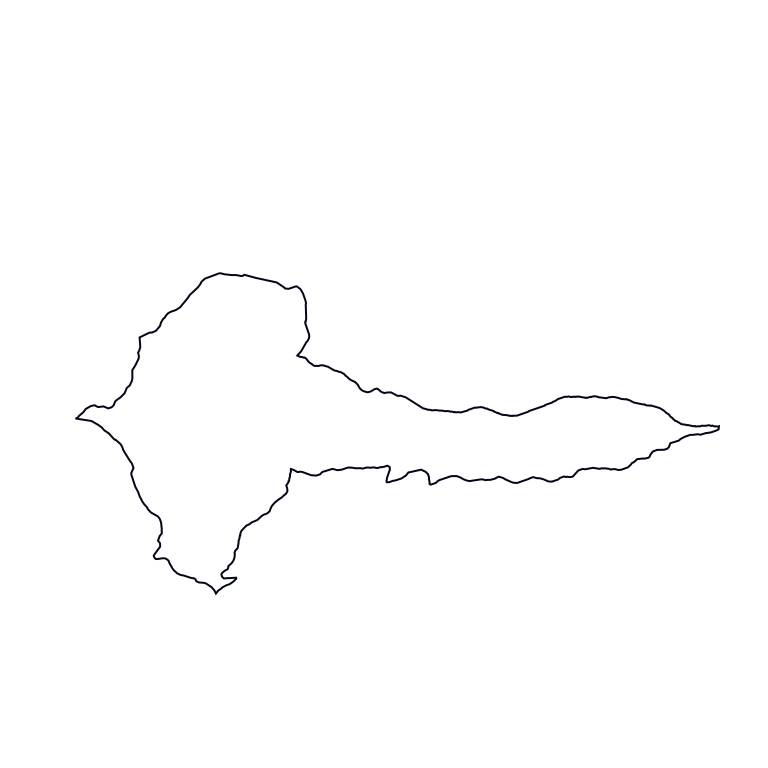 outline of Sarchi, Alajuela, Costa Rica, rotated 251°
{"feature_id": "36466004B48608079710211", "entity_name": "Sarchi", "entity_type": "district", "adm_level": 2, "iso_a3": "CRI", "parent_name": "Costa Rica", "parent_adm1": "Alajuela", "projection": "robinson", "projection_center": [-84.309, 10.161], "detail": "fine", "context": "isolated", "style": "outline", "palette": "ink", "viewbox_px": 768, "rotation_deg": 251, "n_neighbors": 0, "source": "geoboundaries", "source_scale": "gbopen_adm2", "svg_char_len": 6147}
<svg xmlns="http://www.w3.org/2000/svg" viewBox="0 0 768 768"><g transform="rotate(251 384 384)"><path d="M507.6,168.1L498.3,165.6L495.3,163.5L493.8,161.7L490.4,161.4L487.9,160.3L482.6,155.0L479.0,150.5L471.2,147.9L469.1,146.7L465.5,143.2L464.0,139.5L459.8,135.8L457.2,130.7L455.7,125.4L454.9,124.0L451.9,121.5L450.7,119.0L450.7,115.4L454.1,111.5L455.3,106.1L458.1,103.4L458.5,101.0L458.5,98.9L457.5,93.9L455.2,90.5L453.1,85.1L451.8,83.5L451.8,81.1L444.3,95.3L438.0,100.8L434.4,103.2L431.1,104.5L427.0,107.7L420.4,110.5L418.6,111.7L418.6,112.1L413.0,115.3L409.8,116.0L406.4,116.0L403.8,116.5L393.8,118.8L391.0,119.8L386.1,119.8L382.3,116.2L380.7,115.6L367.8,115.4L361.7,116.4L357.2,116.4L351.3,117.3L348.4,118.1L345.1,119.6L342.2,120.1L338.4,121.8L332.4,127.1L329.3,128.1L325.5,128.1L319.8,126.8L315.0,125.2L313.3,122.4L309.5,119.4L308.8,119.4L307.1,120.3L305.6,120.2L303.1,119.4L297.5,111.3L296.5,110.3L294.3,110.5L293.0,111.1L292.4,112.2L291.2,118.4L290.4,120.2L289.4,121.3L287.1,122.8L284.8,122.8L278.6,123.9L276.2,124.7L272.2,126.9L269.7,129.5L268.1,132.3L263.5,138.4L262.0,141.2L260.8,142.2L258.9,142.2L256.8,144.1L254.5,149.2L253.4,150.7L248.1,154.8L244.2,156.4L240.6,156.9L242.6,159.9L243.3,162.7L244.4,165.4L245.0,169.3L245.0,172.8L246.1,176.9L248.0,180.9L249.0,181.1L252.3,169.3L254.3,168.2L256.9,168.2L258.1,169.5L259.3,172.7L259.8,175.9L261.1,176.9L262.5,177.6L264.1,181.4L265.6,183.6L267.1,185.0L268.8,186.3L272.6,187.8L273.3,187.8L275.1,189.5L276.1,191.7L276.8,192.4L281.2,194.8L283.2,195.5L284.9,197.0L287.4,198.2L287.4,198.7L289.1,199.3L291.6,201.4L294.9,207.7L295.3,211.5L296.2,213.7L296.6,219.8L299.2,225.9L299.6,227.9L299.6,230.9L300.2,232.8L301.0,234.5L303.6,236.6L305.3,238.4L307.6,242.5L309.3,247.4L309.7,249.4L312.4,256.0L314.3,257.9L317.0,258.5L320.0,258.6L321.1,260.2L322.8,262.2L323.2,262.2L323.2,262.6L325.8,263.9L326.5,264.7L328.9,265.6L331.3,267.3L333.9,268.3L332.2,270.6L328.9,273.5L328.2,276.6L327.5,278.0L321.5,285.4L319.5,290.0L319.4,294.2L320.7,296.5L320.9,297.7L320.5,307.8L317.7,311.8L316.8,315.9L316.7,323.2L315.8,324.9L315.7,325.7L313.5,329.9L312.1,334.2L311.0,336.1L310.7,340.2L310.2,341.7L309.2,343.9L308.8,346.3L308.0,348.2L307.2,349.1L306.6,351.0L306.5,353.9L306.1,354.6L305.7,357.5L305.7,360.4L303.9,362.3L301.3,361.8L294.8,356.7L291.7,354.9L290.3,354.6L289.5,356.8L289.5,361.5L289.1,363.0L289.0,369.8L290.3,374.9L292.4,378.2L290.9,391.2L287.5,394.7L284.5,396.2L280.9,396.2L279.4,395.5L275.9,395.1L275.0,394.5L274.4,394.6L273.6,395.6L273.6,400.9L274.5,402.5L275.1,405.0L275.0,417.6L273.3,422.7L270.9,425.6L267.8,428.4L265.8,430.8L264.4,433.1L262.3,444.4L261.7,446.2L259.9,448.9L259.8,450.2L258.7,453.5L258.4,458.7L258.7,459.2L259.0,462.4L256.3,466.1L254.6,467.4L249.2,473.2L248.0,475.3L247.1,477.6L247.1,490.2L247.4,490.8L247.4,494.7L245.3,497.7L244.0,500.9L241.8,504.0L238.4,507.6L237.0,511.0L237.0,517.7L237.9,519.8L237.9,523.8L237.5,525.0L236.7,525.8L236.7,527.1L235.4,529.4L235.0,532.4L239.0,539.6L239.0,544.2L237.9,546.4L236.7,554.3L233.5,560.4L233.5,562.3L232.7,563.7L232.6,564.9L230.5,569.2L229.6,570.0L228.4,574.6L226.4,577.6L225.7,580.4L225.8,587.7L226.9,589.7L226.9,590.4L228.3,592.3L228.7,593.3L228.7,594.7L230.5,598.9L229.4,604.1L228.6,606.0L228.2,610.1L228.6,611.2L230.9,613.4L232.6,616.2L232.8,620.8L230.7,627.1L230.5,630.4L231.5,632.7L234.8,635.5L234.5,644.2L235.5,646.7L236.2,651.6L236.2,657.2L235.5,658.9L234.3,664.5L233.0,666.7L232.8,672.6L232.4,673.3L232.2,675.8L231.8,676.5L231.8,683.3L232.2,685.6L235.0,686.9L235.0,685.7L235.8,684.5L235.9,683.6L236.7,682.1L237.8,680.9L237.8,679.9L238.3,679.0L239.2,678.0L239.8,674.4L241.1,670.8L241.1,668.8L241.9,667.0L242.2,665.1L243.0,664.5L243.4,662.6L246.2,658.1L246.6,656.6L247.2,656.1L249.3,652.0L251.5,650.4L252.6,649.1L253.4,648.8L254.5,647.2L255.3,647.0L256.5,646.0L257.4,645.9L260.5,643.9L261.4,643.9L263.5,642.7L264.2,641.9L268.1,639.7L271.7,636.6L276.8,629.4L276.8,628.4L277.4,627.6L278.0,625.8L279.2,624.1L280.0,623.7L280.1,622.7L283.8,616.4L285.2,614.2L289.2,610.3L290.0,608.9L290.7,608.5L290.8,607.5L292.8,603.2L294.1,601.7L296.5,597.9L297.6,595.5L297.8,593.6L298.2,592.8L298.2,589.6L301.8,582.2L302.6,581.6L304.1,578.5L304.3,575.5L304.7,575.0L304.7,571.8L305.2,571.0L305.2,570.0L306.1,568.9L306.9,567.1L308.9,563.8L308.9,562.8L309.4,562.2L309.4,561.2L309.8,560.6L309.8,559.6L310.3,559.1L310.8,556.5L312.2,554.3L312.2,553.3L313.1,550.6L313.1,543.3L312.2,540.5L312.2,538.5L311.7,536.9L311.7,529.6L311.2,529.1L311.2,512.4L310.8,510.9L310.8,499.4L311.7,496.7L311.7,495.7L312.2,495.2L312.2,494.1L313.0,493.0L313.1,492.1L314.3,490.6L316.2,486.1L318.7,483.0L319.5,482.6L319.6,481.7L321.2,480.2L322.1,479.0L322.8,478.8L326.1,474.3L327.0,473.8L327.8,472.0L329.6,470.1L330.7,467.8L331.7,462.9L332.1,462.4L332.1,455.1L331.7,454.3L332.1,447.1L333.1,445.5L333.8,442.7L334.5,442.0L334.5,441.0L335.9,439.1L336.3,437.5L337.0,436.9L338.1,434.3L338.2,433.3L340.1,429.9L340.7,428.0L342.1,425.3L342.8,423.5L343.4,420.7L344.7,419.1L345.2,417.2L345.9,416.6L348.4,412.9L364.3,400.2L367.4,396.1L368.5,392.8L373.8,387.9L374.9,384.3L375.4,381.2L377.5,378.8L381.1,376.7L382.0,375.8L382.2,373.2L381.3,369.5L381.3,367.5L381.6,365.6L382.5,364.2L384.3,361.9L386.0,360.6L388.1,359.6L392.0,358.9L395.4,357.2L398.4,354.1L400.1,352.8L403.3,351.2L404.2,350.4L406.3,349.6L408.2,348.0L409.8,346.3L410.2,345.2L411.5,344.0L412.9,341.5L418.5,336.7L421.4,332.6L422.3,330.2L422.3,328.3L423.7,324.1L429.3,320.0L433.6,318.6L435.1,317.2L435.1,316.6L436.2,315.3L436.9,313.6L439.1,311.3L441.9,316.3L448.8,324.2L449.6,325.8L451.7,327.9L453.5,328.9L455.8,329.3L467.1,329.3L468.1,329.9L468.7,329.9L469.2,330.8L471.7,331.9L484.7,335.9L485.7,336.6L488.6,336.9L495.7,336.9L500.9,335.9L504.7,333.3L505.0,332.3L505.0,325.0L506.2,322.1L506.8,321.3L507.4,321.3L514.9,315.7L526.2,297.1L532.8,287.4L532.2,285.7L532.5,284.3L535.1,279.7L536.4,275.9L539.6,269.0L541.5,266.2L542.3,264.4L541.9,248.9L540.2,244.9L538.3,242.9L535.9,239.4L531.5,229.5L528.9,226.0L522.9,216.2L521.7,211.3L521.7,205.8L521.1,202.6L519.6,200.0L518.4,198.8L517.5,196.5L516.6,195.3L514.5,193.0L511.7,191.0L508.5,185.6L508.2,181.4L508.8,179.7L508.8,177.6L507.6,168.1Z" fill="none" stroke="#020617" stroke-width="2"/></g></svg>